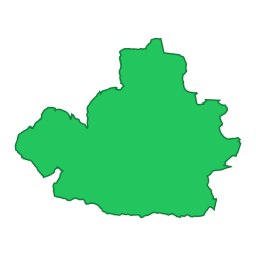 Carjiti, Hunedoara, Romania
{"feature_id": "2599482B6366449837479", "entity_name": "Carjiti", "entity_type": "district", "adm_level": 2, "iso_a3": "ROU", "parent_name": "Romania", "parent_adm1": "Hunedoara", "projection": "natural_earth1", "projection_center": [22.817, 45.851], "detail": "fine", "context": "isolated", "style": "filled", "palette": "green", "viewbox_px": 256, "rotation_deg": 0, "n_neighbors": 0, "source": "geoboundaries", "source_scale": "gbopen_adm2", "svg_char_len": 5719}
<svg xmlns="http://www.w3.org/2000/svg" viewBox="0 0 256 256"><path d="M160.1,38.8L159.6,39.1L156.5,38.5L154.4,38.9L151.5,39.8L151.2,40.1L150.4,42.9L148.4,44.2L146.8,46.1L146.0,47.6L146.1,48.2L145.8,48.8L142.8,49.0L140.6,48.7L139.2,49.4L138.1,49.4L134.2,49.0L131.4,49.1L128.8,48.6L127.2,48.9L125.2,48.6L122.8,49.5L122.1,50.2L121.6,50.4L120.3,51.2L119.6,52.0L120.3,53.2L120.3,54.0L121.1,54.8L120.9,55.1L120.9,55.5L120.6,55.6L120.5,56.4L119.5,57.2L119.6,57.6L119.9,57.8L120.1,58.1L119.7,59.4L120.4,60.1L120.2,60.6L120.5,60.6L120.7,61.0L120.6,61.4L120.8,61.7L120.4,62.2L120.4,62.8L120.8,63.3L120.8,64.0L121.2,64.4L121.0,64.9L121.3,65.6L120.9,66.1L120.8,67.2L120.9,68.0L119.5,70.7L119.4,71.9L119.6,72.9L119.3,73.4L120.1,74.7L120.3,75.2L120.1,76.0L120.0,77.4L120.1,77.9L119.9,78.4L120.5,79.3L120.3,80.1L121.5,82.1L121.5,82.4L120.9,82.7L120.8,83.2L122.1,84.0L123.0,85.1L123.2,85.8L123.6,85.9L123.6,86.4L121.8,87.9L120.6,89.8L117.2,89.7L116.2,89.4L115.8,89.1L116.8,88.4L116.9,88.2L116.8,87.8L116.2,87.5L115.3,87.4L110.3,88.2L107.6,89.6L102.4,91.1L101.4,92.1L101.4,92.4L101.6,92.6L100.9,93.6L100.9,92.8L100.4,92.8L100.2,92.2L99.8,91.7L99.7,92.1L98.4,93.1L97.4,94.3L96.7,96.0L93.2,99.3L91.0,101.8L89.5,104.4L87.8,106.6L87.3,107.7L87.3,109.7L87.6,110.6L87.5,111.2L87.8,111.3L87.9,111.8L87.8,112.1L88.0,112.2L87.2,113.4L87.0,114.3L87.1,116.5L87.5,116.8L87.9,117.6L87.3,123.0L87.8,126.8L87.7,127.1L87.4,127.1L87.2,128.1L86.8,128.0L85.3,125.2L84.7,124.4L82.6,123.8L81.0,123.0L79.7,121.7L79.4,121.3L79.2,120.2L78.7,119.5L78.2,119.2L76.5,119.0L75.1,118.2L74.2,117.0L73.7,115.5L73.3,115.1L73.4,115.4L73.1,115.5L72.6,114.7L72.4,114.8L72.6,115.6L72.3,115.6L72.2,115.8L71.7,114.5L71.4,115.4L71.6,116.2L71.3,116.3L71.1,116.8L71.0,119.0L70.4,119.2L70.2,118.1L70.0,117.7L69.1,115.3L68.4,114.3L66.4,112.1L63.4,110.7L62.2,110.4L61.1,109.6L57.7,109.4L55.6,109.8L55.2,109.4L55.1,110.0L54.8,109.3L55.1,108.5L54.7,108.5L53.8,107.8L52.0,107.5L50.3,107.7L48.6,107.5L47.8,107.6L46.6,109.0L45.3,109.4L43.8,111.0L41.8,114.2L41.6,114.8L41.7,116.8L41.1,118.3L40.7,118.9L40.6,119.5L39.7,119.4L38.7,120.8L37.1,121.7L35.6,123.1L34.7,124.5L34.4,126.1L33.7,126.3L33.7,126.7L33.0,127.1L32.9,127.9L33.1,128.2L32.6,128.4L32.0,127.9L31.8,128.3L31.3,128.2L30.8,127.2L30.5,126.9L30.7,126.5L30.2,126.4L29.3,126.8L29.4,127.0L29.3,127.3L27.8,128.4L27.7,128.9L27.0,129.6L25.9,130.0L22.4,132.0L20.4,133.7L19.2,134.2L18.7,134.8L18.1,136.1L17.7,138.6L17.0,141.1L15.6,144.6L15.7,145.3L15.4,146.2L15.6,147.1L15.7,149.9L17.4,151.0L17.8,151.4L17.7,151.9L17.9,152.3L21.1,154.9L22.2,156.5L21.8,156.9L21.8,157.4L22.8,157.7L23.5,158.7L24.4,158.6L26.0,159.4L26.8,159.3L28.3,160.0L29.9,160.1L31.9,161.4L33.3,163.6L34.9,165.4L35.6,166.6L36.9,167.3L37.1,167.7L37.3,169.2L38.2,170.7L39.4,171.8L39.8,172.5L41.1,173.5L41.4,174.4L41.9,174.5L42.2,175.2L42.8,175.1L42.9,175.3L42.8,175.8L43.0,176.1L43.5,176.3L43.8,176.9L43.7,177.3L49.6,175.2L53.4,172.9L54.2,172.2L54.2,171.4L54.6,170.2L55.5,168.8L56.5,168.4L56.6,168.0L56.7,167.8L57.9,168.0L57.8,167.8L57.4,167.5L57.4,167.0L58.9,167.9L60.8,169.4L60.4,169.8L61.6,170.6L61.8,170.5L63.0,170.9L62.9,171.3L61.7,172.0L61.1,172.6L61.0,173.5L60.4,174.1L59.9,176.8L59.4,178.0L57.6,180.8L56.7,182.8L56.1,183.1L54.2,183.2L53.2,185.6L53.2,186.4L53.8,189.3L53.4,190.3L54.2,193.5L54.3,195.2L54.7,196.1L58.9,197.3L61.6,197.6L62.8,198.4L65.2,198.5L66.2,199.1L67.1,200.0L67.8,200.3L70.0,200.5L74.3,198.3L75.5,198.0L77.6,198.7L78.6,199.4L80.0,199.6L81.3,199.5L83.1,199.1L84.3,200.5L85.0,201.1L85.2,201.5L85.2,202.8L86.2,204.1L88.8,203.8L90.2,203.2L94.1,203.3L96.4,204.5L97.7,205.0L98.8,205.8L100.2,207.9L101.9,209.1L102.6,210.7L103.2,211.5L105.0,212.0L106.4,213.0L107.1,213.7L109.6,213.4L112.8,214.0L114.2,214.6L116.9,214.7L118.8,215.1L119.9,215.0L122.3,213.6L122.8,213.9L125.5,214.5L128.9,214.4L129.6,214.8L130.5,215.0L131.5,215.4L133.1,215.0L138.3,214.8L139.3,215.3L140.7,217.2L141.6,217.5L143.6,216.6L144.1,216.0L146.9,215.2L147.8,215.3L151.4,213.5L152.2,212.8L154.8,212.3L156.7,213.1L159.8,212.7L160.3,212.8L163.0,213.7L165.3,213.8L168.5,215.0L169.6,214.6L170.1,214.1L172.3,214.0L172.6,213.5L173.5,214.4L176.1,215.8L176.5,216.4L180.3,217.2L181.3,215.6L182.8,216.1L184.5,216.3L187.0,214.8L188.9,215.2L190.6,216.5L192.3,216.8L194.9,216.1L196.6,216.4L200.2,216.1L202.1,215.7L203.9,215.0L205.6,211.5L207.0,210.2L208.1,208.3L209.6,206.7L211.3,207.2L212.5,208.0L214.1,209.7L214.7,206.6L214.6,206.3L215.0,205.7L215.5,203.0L216.2,200.7L216.2,198.9L214.6,199.2L214.9,199.1L214.9,198.9L214.4,199.0L214.1,199.3L213.1,199.0L213.3,197.0L212.6,195.2L211.7,193.9L211.4,191.7L210.8,189.6L209.3,188.5L208.6,187.3L207.1,185.3L208.0,183.2L208.5,181.4L208.5,180.1L208.2,178.2L207.1,176.2L208.5,175.7L209.3,174.8L210.3,174.4L211.5,172.8L212.0,171.6L213.4,170.9L214.9,170.4L221.4,169.8L226.2,167.9L231.0,166.7L230.8,166.5L230.3,166.7L224.1,165.2L225.6,163.4L225.0,162.1L232.7,155.4L235.9,156.2L237.0,153.2L237.6,152.7L240.6,143.6L239.8,143.4L239.7,141.6L238.3,141.2L240.0,139.5L238.2,137.8L234.1,138.6L232.4,138.4L230.4,138.9L227.4,139.1L223.6,136.8L220.6,132.7L219.4,129.0L219.6,126.7L222.2,124.9L222.2,123.1L220.9,120.8L219.8,117.3L219.8,116.7L220.1,116.3L225.0,113.4L227.1,110.6L227.4,108.9L227.1,108.0L225.1,105.2L222.8,105.2L221.1,104.6L218.4,102.8L218.0,101.8L219.5,100.4L205.5,99.7L206.1,101.2L203.1,102.9L203.7,103.7L203.7,104.2L201.4,104.3L199.7,104.8L197.9,104.6L196.5,103.4L196.5,102.5L195.0,94.9L197.0,93.5L196.4,92.6L194.7,93.0L189.0,92.1L186.3,90.7L185.6,90.1L183.9,87.2L183.6,86.3L183.7,85.4L183.2,83.0L183.5,82.6L182.5,79.3L182.6,77.0L183.2,74.6L184.5,73.8L186.7,70.8L185.9,69.8L185.9,66.9L186.3,63.8L184.6,60.0L184.2,58.5L183.2,56.9L181.4,56.3L179.8,55.3L179.4,54.8L163.9,52.9L160.8,38.8L160.1,38.8Z" fill="#22c55e" stroke="#15803d" stroke-width="1.5"/></svg>